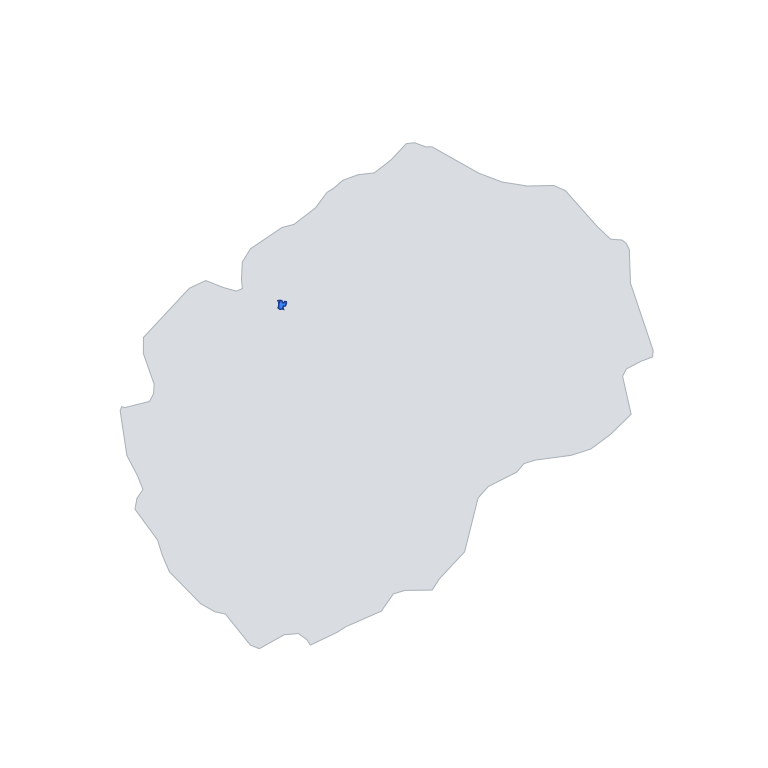 Centar, Čair, North Macedonia (highlighted), rotated 338°
{"feature_id": "65306769B31528709538806", "entity_name": "Centar", "entity_type": "district", "adm_level": 2, "iso_a3": "MKD", "parent_name": "North Macedonia", "parent_adm1": "Čair", "projection": "equal_earth", "projection_center": [21.43, 41.996], "detail": "fine", "context": "in_parent", "style": "filled", "palette": "blue", "viewbox_px": 768, "rotation_deg": 338, "n_neighbors": 0, "source": "geoboundaries", "source_scale": "gbopen_adm2", "svg_char_len": 1457}
<svg xmlns="http://www.w3.org/2000/svg" viewBox="0 0 768 768"><g transform="rotate(338 384 384)"><path d="M348.3,200.7L360.3,202.3L386.5,195.0L402.8,185.0L411.1,183.5L422.2,179.7L438.0,180.2L454.2,184.6L474.6,178.8L494.7,169.5L502.8,171.8L511.5,179.8L517.3,182.0L550.9,224.1L569.3,241.1L591.0,254.1L615.7,263.5L624.6,272.6L640.6,317.6L648.3,334.6L658.7,339.7L661.3,344.7L661.8,351.2L650.3,382.8L646.1,453.9L643.1,459.5L630.8,459.2L614.4,460.8L608.1,466.2L601.8,504.6L575.4,515.5L551.5,521.7L531.2,520.3L495.7,511.2L484.0,510.2L474.1,515.4L442.4,518.1L428.5,524.9L395.9,569.8L362.7,585.2L351.4,593.1L326.1,583.2L314.0,582.1L296.4,593.6L257.9,594.7L247.5,596.7L217.9,598.5L216.7,592.3L211.2,583.3L197.4,579.1L169.2,582.7L162.3,576.1L150.8,537.9L141.8,531.8L131.7,519.0L114.7,477.7L114.3,459.6L115.6,443.8L106.2,406.8L112.1,397.5L121.0,391.6L121.1,376.7L118.8,354.1L129.4,309.9L132.2,306.7L134.9,308.8L160.1,312.3L166.7,306.7L170.8,298.0L172.3,265.6L178.4,250.7L239.4,222.3L257.4,221.3L271.1,234.3L282.0,242.6L288.5,242.4L290.9,234.0L298.3,217.8L310.9,208.6L347.9,200.7L348.3,200.7Z" fill="#d9dde1" stroke="#a8b0b8" stroke-width="1"/><path d="M323.9,272.3L324.2,271.1L322.8,270.3L321.9,271.2L320.8,271.1L320.4,268.4L318.9,267.5L316.2,266.8L318.3,268.3L317.2,269.5L316.8,269.3L315.5,272.7L314.3,273.6L315.6,275.9L317.6,276.1L318.8,277.1L319.1,274.8L320.3,274.1L321.5,274.7L322.2,274.4L323.9,272.3Z" fill="#3b82f6" stroke="#1e3a8a" stroke-width="1.5"/></g></svg>